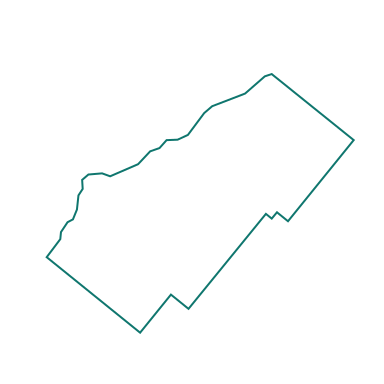 the district of Jerome, Idaho, United States of America, rotated 129°
{"feature_id": "52423323B77549973511712", "entity_name": "Jerome", "entity_type": "district", "adm_level": 2, "iso_a3": "USA", "parent_name": "United States of America", "parent_adm1": "Idaho", "projection": "natural_earth1", "projection_center": [-114.264, 42.673], "detail": "fine", "context": "isolated", "style": "outline", "palette": "teal", "viewbox_px": 384, "rotation_deg": 129, "n_neighbors": 0, "source": "geoboundaries", "source_scale": "gbopen_adm2", "svg_char_len": 552}
<svg xmlns="http://www.w3.org/2000/svg" viewBox="0 0 384 384"><g transform="rotate(129 192 192)"><path d="M59.5,99.0L49.9,99.0L50.2,204.3L56.3,208.2L82.1,212.7L112.6,230.3L123.0,232.2L150.2,231.1L160.4,236.1L167.7,244.4L178.3,244.9L186.7,250.1L204.3,251.4L231.3,265.5L234.1,273.6L243.6,283.5L251.7,285.0L258.4,278.9L266.1,278.1L278.0,270.4L288.2,267.3L293.8,269.7L305.6,268.6L311.5,264.7L334.1,263.9L334.0,143.8L285.0,143.8L285.0,121.2L162.5,120.8L162.5,113.3L154.3,113.2L154.3,99.0L59.5,99.0Z" fill="none" stroke="#0f766e" stroke-width="2"/></g></svg>